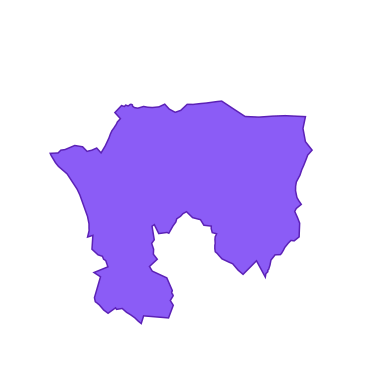 the district of Ganye, Adamawa, Nigeria, rotated 154°
{"feature_id": "59680162B41420170912929", "entity_name": "Ganye", "entity_type": "district", "adm_level": 2, "iso_a3": "NGA", "parent_name": "Nigeria", "parent_adm1": "Adamawa", "projection": "mercator", "projection_center": [12.041, 8.431], "detail": "fine", "context": "isolated", "style": "filled", "palette": "violet", "viewbox_px": 384, "rotation_deg": 154, "n_neighbors": 0, "source": "geoboundaries", "source_scale": "gbopen_adm2", "svg_char_len": 2387}
<svg xmlns="http://www.w3.org/2000/svg" viewBox="0 0 384 384"><g transform="rotate(154 192 192)"><path d="M99.2,133.0L99.5,134.9L99.9,137.7L100.1,141.1L98.4,147.7L96.3,151.8L93.8,155.3L87.6,159.8L83.6,163.9L80.0,166.9L76.8,169.8L75.6,170.9L74.4,172.0L71.8,174.5L69.3,175.5L65.7,177.0L68.0,187.5L64.4,200.5L57.0,210.0L74.7,219.7L86.2,224.8L99.1,230.0L111.2,236.6L119.0,249.7L125.4,260.6L125.5,260.7L129.5,262.2L134.1,263.7L140.2,265.7L145.7,267.8L152.8,270.3L153.9,270.9L157.9,272.9L166.3,270.3L172.2,271.0L176.1,276.5L178.0,282.9L184.4,283.0L190.6,285.3L194.8,287.7L198.0,290.1L204.0,291.1L206.7,293.1L207.8,295.0L207.4,296.4L207.9,297.2L208.7,297.7L209.3,297.8L210.7,297.4L211.8,297.4L213.5,299.2L215.2,298.5L216.2,299.3L217.4,300.6L226.5,297.2L224.2,289.3L228.3,287.7L230.4,286.0L233.1,284.4L234.2,283.7L237.1,282.2L239.8,280.0L242.9,277.0L249.7,271.5L256.6,267.0L258.4,273.3L263.9,273.5L266.0,274.0L268.5,274.5L270.5,280.6L277.0,285.2L287.6,285.8L291.5,287.1L295.3,285.8L302.5,288.9L302.6,286.7L301.9,278.4L301.6,276.9L300.8,273.5L296.3,263.0L294.1,245.7L294.0,244.4L294.1,238.4L294.2,237.5L296.6,215.9L298.5,208.6L300.4,204.7L301.4,202.4L305.6,197.3L300.1,196.5L307.0,184.4L304.0,176.7L300.7,173.5L300.9,170.3L300.3,169.5L299.6,167.9L300.4,161.6L315.4,162.6L311.4,155.9L326.0,139.8L327.0,135.8L324.8,131.2L323.1,124.6L320.6,119.8L311.5,121.4L311.3,119.6L305.8,117.9L303.6,112.6L301.1,108.7L298.6,104.1L296.9,99.4L295.3,96.0L294.3,97.1L292.5,99.0L289.8,101.9L268.3,89.1L258.5,98.4L259.1,104.0L254.4,107.0L254.2,108.7L254.6,109.4L254.1,111.1L253.2,111.6L252.9,112.1L252.3,125.9L262.4,138.3L262.9,143.7L252.7,146.8L254.0,153.0L251.6,157.4L250.8,163.5L246.9,165.6L242.9,178.8L240.2,179.2L240.1,169.2L232.2,166.6L230.9,165.1L223.9,169.9L219.7,172.1L217.5,174.6L213.0,175.2L209.7,176.5L205.6,176.7L202.7,168.7L196.5,163.4L195.9,156.9L189.6,152.9L190.8,150.7L191.6,146.6L188.2,143.7L189.2,142.7L190.7,141.7L192.2,139.2L193.7,135.6L194.8,134.1L196.3,131.1L197.3,128.1L196.3,125.8L195.6,123.1L194.4,118.8L189.5,112.7L186.9,109.7L184.8,101.5L182.2,95.6L164.2,101.9L163.4,83.4L161.4,86.2L158.8,87.1L158.2,88.5L157.1,88.8L153.9,92.2L150.9,96.2L144.8,99.1L140.1,97.0L138.6,97.5L135.4,99.6L132.9,101.5L128.0,103.8L124.3,105.1L121.6,103.3L115.4,104.7L113.6,108.1L111.1,112.7L108.9,116.8L108.4,122.8L108.2,129.5L105.5,131.5L99.2,133.0Z" fill="#8b5cf6" stroke="#5b21b6" stroke-width="1.5"/></g></svg>